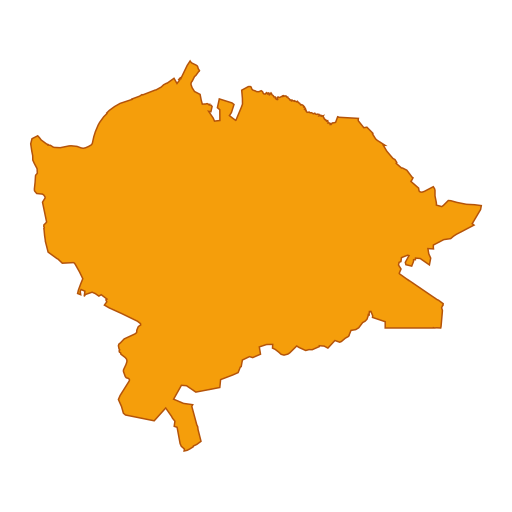 outline of Maltas pag., Rezeknes, Latvia
{"feature_id": "27541924B14465730605778", "entity_name": "Maltas pag.", "entity_type": "district", "adm_level": 2, "iso_a3": "LVA", "parent_name": "Latvia", "parent_adm1": "Rezeknes", "projection": "albers", "projection_center": [27.185, 56.309], "detail": "fine", "context": "isolated", "style": "filled", "palette": "amber", "viewbox_px": 512, "rotation_deg": 0, "n_neighbors": 0, "source": "geoboundaries", "source_scale": "gbopen_adm2", "svg_char_len": 5949}
<svg xmlns="http://www.w3.org/2000/svg" viewBox="0 0 512 512"><path d="M474.0,225.1L472.2,223.7L480.6,209.5L481.3,205.6L474.4,204.7L466.4,204.3L456.9,202.4L450.8,200.7L448.3,200.5L443.4,205.4L441.8,206.6L436.4,205.1L436.4,203.0L435.0,195.9L435.0,190.4L434.6,188.8L433.3,186.7L424.3,191.4L421.9,192.2L420.4,192.0L419.7,191.6L419.0,190.8L418.6,188.1L410.9,181.4L411.7,180.3L413.0,177.8L412.1,177.2L406.8,170.2L402.5,168.0L401.5,168.0L396.2,163.4L396.8,162.5L395.0,159.6L392.8,158.3L386.8,151.2L383.3,145.3L385.0,145.3L377.3,140.4L375.6,138.9L372.5,133.9L372.9,133.3L366.9,127.2L363.8,127.7L358.3,120.8L358.2,119.6L358.4,118.4L337.9,117.2L337.9,116.1L335.7,122.1L335.2,122.5L332.7,123.0L332.3,122.9L331.1,124.5L330.2,124.5L330.4,123.5L330.3,123.4L329.7,123.4L329.5,123.0L328.0,123.0L328.2,122.4L327.7,120.7L326.8,121.1L326.8,120.7L326.3,120.7L326.2,120.2L325.5,120.1L325.4,119.7L324.7,119.4L324.7,119.0L324.0,118.5L324.0,117.9L323.0,116.5L323.3,115.9L322.7,116.2L322.4,115.8L322.0,116.0L321.8,115.8L321.4,116.2L320.7,115.8L320.7,115.4L319.3,115.7L319.8,115.0L319.0,114.7L319.0,114.4L319.5,114.2L318.3,114.4L317.6,114.1L317.0,114.4L315.4,114.1L314.8,113.2L313.3,113.8L311.6,112.7L310.1,112.8L309.1,112.0L308.2,112.3L307.1,112.3L306.1,111.1L306.2,110.7L305.7,110.4L305.8,109.9L305.0,109.5L305.6,109.2L305.4,108.5L304.5,107.8L304.7,107.3L304.2,106.6L303.6,106.8L303.4,105.6L301.7,104.6L301.1,105.0L300.7,104.9L299.6,103.2L298.9,103.0L297.4,101.3L296.8,101.9L295.2,101.1L294.6,101.3L294.3,100.7L293.2,101.0L292.2,100.1L291.5,100.2L291.4,100.8L291.0,100.6L290.8,99.9L289.9,100.0L289.5,99.1L288.1,98.0L287.7,97.0L286.7,97.0L286.4,96.4L285.9,95.9L284.4,96.1L283.7,95.6L283.1,95.7L283.1,96.1L282.7,95.9L282.4,96.5L281.9,96.3L279.9,97.4L278.6,97.4L278.3,97.0L277.9,97.0L277.2,97.7L277.7,99.5L277.4,99.6L277.0,99.3L276.5,99.4L275.4,98.3L275.5,97.2L275.3,97.0L273.8,96.8L273.4,95.8L271.7,94.5L271.6,93.7L271.0,92.9L269.6,94.8L269.3,94.9L269.1,94.5L269.0,93.2L268.8,92.9L267.8,93.0L267.7,93.2L267.8,93.9L267.6,94.0L266.4,92.7L265.2,94.1L263.9,93.9L263.2,93.2L262.5,91.6L261.2,90.7L258.9,91.7L257.7,91.7L256.4,91.6L255.6,91.0L252.9,90.1L251.9,89.2L251.1,87.0L250.2,86.5L248.3,86.6L241.7,90.2L242.4,98.3L242.5,104.1L241.3,107.4L235.9,120.3L235.7,120.4L232.7,118.2L229.4,115.6L231.4,112.6L234.0,104.5L232.0,102.9L219.3,98.9L217.4,107.7L219.8,109.7L219.9,120.5L214.5,121.1L213.2,118.1L208.6,111.3L210.9,111.7L212.1,106.5L211.2,105.3L209.2,104.9L209.4,104.4L209.0,104.5L207.1,103.6L205.7,104.0L202.3,104.1L201.2,100.1L200.1,94.4L194.5,91.5L192.1,87.7L191.0,84.5L191.0,83.7L191.2,82.7L191.6,81.9L192.3,81.0L194.5,76.6L195.9,75.4L198.4,71.9L199.2,71.2L199.5,70.6L198.3,68.8L197.6,66.5L197.3,66.0L196.3,65.2L191.8,63.0L190.5,61.7L190.1,61.0L187.2,65.4L180.9,78.5L180.3,77.8L178.8,79.5L179.7,79.9L177.0,83.5L174.0,78.3L167.0,83.3L166.6,83.2L163.6,84.8L161.3,87.0L155.9,90.0L155.3,90.0L142.7,94.9L142.0,94.6L139.5,96.2L131.9,99.0L132.1,99.4L120.1,103.4L114.5,106.6L109.3,110.4L106.7,113.0L107.0,113.5L103.7,116.8L99.7,122.3L98.2,125.0L95.4,131.6L93.8,136.7L92.3,143.5L91.3,144.9L88.5,146.5L85.5,147.8L83.2,148.3L81.1,147.9L77.0,146.4L71.2,145.8L69.1,145.9L60.2,147.7L54.3,147.4L53.4,147.2L50.4,145.3L48.0,145.1L48.1,144.5L46.6,144.0L41.2,140.0L39.4,137.6L37.7,135.8L32.0,138.7L30.7,143.8L31.8,151.2L32.7,155.7L32.8,160.1L34.4,163.6L37.1,168.7L37.3,173.3L35.8,175.0L35.5,175.8L35.1,182.3L34.4,188.7L34.4,190.2L34.7,191.1L36.7,193.5L42.5,194.1L44.0,195.3L45.1,197.1L45.0,198.1L42.5,202.2L46.6,222.0L45.8,223.0L43.9,224.9L43.8,226.5L44.3,227.6L43.8,228.8L44.0,229.0L44.6,235.6L45.3,240.3L45.3,241.1L48.1,252.1L57.0,258.6L57.9,259.0L62.3,263.2L73.4,262.6L74.4,263.1L75.3,264.4L79.5,271.9L82.8,278.7L80.7,283.9L78.4,290.1L77.6,293.5L80.7,294.7L80.2,291.5L81.1,289.5L84.9,291.2L84.3,295.8L84.5,295.9L85.4,294.5L92.1,292.2L95.3,293.6L98.9,296.1L101.2,294.7L107.0,299.1L105.9,299.9L106.8,301.8L104.4,305.1L109.2,307.9L121.8,313.6L137.4,321.2L140.5,323.6L140.7,325.0L139.1,326.0L138.2,326.8L136.8,330.2L136.7,332.1L136.5,332.7L135.0,333.9L124.2,338.9L120.5,342.8L118.9,344.1L118.4,345.7L119.0,348.8L119.7,349.9L119.1,350.9L119.5,352.2L120.6,352.8L120.9,354.2L125.2,357.5L126.4,358.9L126.9,360.3L126.9,361.7L126.0,364.5L123.6,369.6L123.4,370.6L123.5,371.7L125.3,376.6L126.3,377.8L128.4,378.4L129.4,379.4L129.4,380.7L120.1,395.5L118.4,399.5L121.5,406.5L123.4,413.2L125.5,415.0L154.2,420.8L165.7,408.0L171.5,416.3L172.5,418.2L174.9,421.2L174.2,426.3L177.1,427.3L180.1,443.6L181.3,446.3L184.4,449.0L184.1,451.0L187.2,450.3L189.9,448.9L193.2,446.8L193.4,446.0L196.8,444.4L201.0,441.3L198.0,429.4L197.7,426.7L196.8,424.9L191.8,406.4L192.7,404.7L183.5,403.4L173.6,399.2L181.4,385.3L186.5,385.7L195.8,392.1L219.8,387.5L220.6,379.6L232.7,375.0L238.1,372.6L240.3,367.1L241.2,366.6L242.4,360.0L249.5,356.6L252.7,357.6L260.5,354.2L259.3,346.9L266.6,344.5L272.7,344.4L272.5,348.1L275.2,349.4L278.7,352.1L281.1,354.3L284.0,355.1L287.9,354.1L289.8,352.8L296.7,346.0L299.1,347.5L305.7,350.5L309.0,349.6L312.2,349.7L319.3,346.6L319.3,345.7L324.2,346.1L327.9,348.1L334.9,340.5L339.7,342.2L341.4,341.5L345.3,338.2L348.5,336.4L349.0,335.7L348.9,335.6L351.0,330.4L355.7,329.6L358.7,327.8L362.6,322.6L365.1,321.2L367.0,319.2L368.2,315.7L368.3,314.6L369.2,314.9L369.1,313.1L369.5,312.4L369.4,311.5L370.9,311.4L372.6,315.5L372.7,316.0L372.5,317.4L385.2,321.7L385.2,328.0L431.9,328.0L433.3,328.0L433.4,327.7L434.3,328.0L436.8,327.8L440.6,328.0L440.6,327.7L440.9,327.3L441.1,325.9L442.4,311.0L442.4,310.3L441.6,307.8L442.8,305.0L443.0,305.1L443.2,303.7L438.5,300.2L437.1,299.6L408.2,279.9L408.2,280.1L399.6,273.9L399.2,273.3L401.0,269.0L398.5,265.0L399.1,262.3L400.9,261.6L401.5,257.6L407.6,255.2L409.0,255.6L405.3,262.4L405.9,264.7L411.7,266.1L413.5,261.5L413.6,259.7L415.4,259.7L415.5,258.1L420.2,258.5L429.4,264.9L430.7,258.1L428.8,253.9L427.9,248.6L433.5,248.9L433.3,247.2L433.4,245.0L443.8,239.6L450.7,238.6L453.5,236.2L456.4,234.3L474.0,225.1Z" fill="#f59e0b" stroke="#b45309" stroke-width="1.5"/></svg>